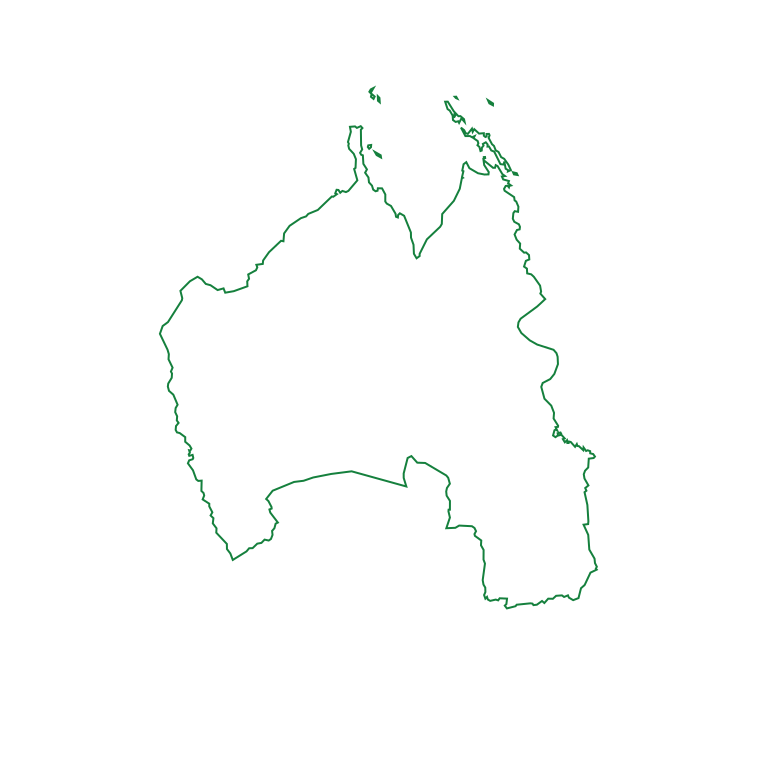 Ao Luek, Krabi, Thailand, rotated 156°
{"feature_id": "78962969B54777225393770", "entity_name": "Ao Luek", "entity_type": "district", "adm_level": 2, "iso_a3": "THA", "parent_name": "Thailand", "parent_adm1": "Krabi", "projection": "robinson", "projection_center": [98.715, 8.383], "detail": "fine", "context": "isolated", "style": "outline", "palette": "green", "viewbox_px": 768, "rotation_deg": 156, "n_neighbors": 0, "source": "geoboundaries", "source_scale": "gbopen_adm2", "svg_char_len": 6177}
<svg xmlns="http://www.w3.org/2000/svg" viewBox="0 0 768 768"><g transform="rotate(156 384 384)"><path d="M593.7,284.8L577.7,287.0L574.0,288.8L570.8,287.5L564.7,289.7L560.6,288.7L556.4,290.4L553.0,287.9L550.3,288.4L547.2,291.5L546.0,295.3L542.8,296.8L539.8,300.5L537.3,300.6L540.2,312.8L539.7,316.0L537.3,315.9L536.8,317.4L537.2,324.1L538.4,326.9L529.1,331.8L506.0,331.1L496.8,328.3L486.7,327.4L468.8,323.3L449.1,317.4L405.3,281.3L404.2,290.2L402.4,294.3L392.5,306.8L388.3,307.0L385.6,298.6L378.5,295.1L364.3,275.1L363.5,272.2L364.4,266.1L368.8,263.4L370.9,260.5L372.2,256.5L371.3,250.4L374.9,242.4L376.1,242.9L376.9,241.5L378.1,235.2L385.7,226.9L377.3,223.6L372.9,224.1L361.5,218.3L359.9,215.7L359.8,212.1L362.4,210.1L362.7,208.3L358.8,201.5L361.0,197.2L360.5,191.9L364.5,183.1L364.8,178.9L373.6,164.7L374.7,160.3L374.3,156.8L376.0,152.7L378.4,150.5L378.7,146.7L376.5,147.6L376.8,144.9L375.2,142.7L369.6,141.6L367.7,139.9L365.5,141.2L358.9,137.9L361.7,133.2L363.8,132.4L363.0,129.0L354.2,127.5L352.6,128.4L339.5,124.1L337.7,123.0L337.4,121.2L334.1,120.2L327.9,121.5L326.6,118.7L321.3,121.1L317.1,119.1L312.9,120.5L307.4,118.5L306.1,116.2L301.9,116.1L302.0,113.7L299.1,109.6L293.4,109.3L287.1,117.3L282.4,118.8L272.1,127.7L265.2,127.9L265.6,129.1L263.9,130.5L264.1,134.6L262.7,138.8L263.8,149.2L258.8,163.1L258.9,174.3L254.5,173.0L253.1,175.5L247.4,190.8L244.8,203.6L242.5,204.2L242.5,207.1L238.5,208.2L239.3,216.1L238.2,220.3L235.6,223.0L231.4,224.7L227.3,232.5L222.6,231.1L220.8,231.9L221.4,234.9L223.8,236.8L223.0,238.8L224.9,240.6L226.6,240.6L227.5,244.9L228.9,242.5L231.2,247.9L232.5,248.7L232.3,250.7L235.0,248.9L237.0,255.1L238.4,256.2L239.3,255.0L240.5,255.5L239.7,258.2L242.5,257.2L243.0,260.9L241.1,260.8L242.6,265.5L244.4,265.8L242.4,266.6L242.5,267.9L245.4,268.4L245.9,266.3L249.0,265.7L250.5,268.2L247.1,272.4L245.7,272.6L244.7,271.1L244.8,274.8L242.5,274.1L241.9,275.0L243.1,283.5L240.4,288.5L240.0,296.2L243.4,305.3L241.5,317.4L238.6,320.4L230.1,320.9L224.3,323.9L217.0,331.4L214.3,338.3L213.9,342.0L215.2,346.3L228.0,357.7L233.1,364.6L237.8,374.7L238.5,381.7L236.1,385.6L232.6,388.1L212.5,392.5L202.2,396.0L204.4,403.0L202.9,404.5L201.4,410.4L203.5,421.0L204.9,424.3L208.2,426.8L206.5,431.3L208.3,434.3L204.3,438.8L200.6,438.7L199.1,442.8L200.7,446.4L202.6,447.0L204.9,452.4L202.5,456.9L204.1,461.9L203.9,467.5L199.9,470.6L197.2,470.1L195.9,472.2L195.8,475.0L199.0,479.2L199.1,482.6L196.3,487.5L194.3,488.7L191.5,486.8L189.1,491.3L189.0,496.9L190.0,498.6L189.1,501.8L195.2,511.5L195.0,513.4L192.3,515.4L190.5,514.9L189.9,512.8L189.0,514.0L187.2,513.7L189.0,516.8L187.3,518.6L191.9,522.4L191.9,525.6L188.9,524.8L190.5,527.6L191.6,536.9L192.9,538.5L194.6,536.4L196.4,537.1L202.0,548.1L203.4,543.3L202.1,535.0L203.3,533.0L207.0,534.5L212.4,538.3L218.2,546.4L218.6,553.2L221.9,552.4L225.7,547.1L224.9,546.1L228.5,541.4L228.0,540.3L229.2,540.3L235.4,531.5L245.7,522.9L261.7,515.6L266.1,506.7L268.7,504.8L286.0,498.7L298.5,488.4L299.4,486.4L303.1,485.6L303.7,490.8L300.4,499.2L299.8,506.7L297.8,511.5L297.2,529.5L300.1,533.5L302.4,532.6L303.6,530.5L305.0,531.9L304.2,534.9L305.2,543.8L308.1,547.7L308.6,550.2L305.7,556.6L306.2,563.5L310.0,565.3L311.3,563.2L313.3,563.5L314.8,566.0L314.3,570.1L315.7,574.3L314.2,579.0L315.3,584.7L312.3,587.0L313.3,593.5L310.3,601.5L311.6,602.7L311.8,604.9L308.5,607.2L307.9,611.2L301.7,625.7L299.6,626.6L300.4,629.0L304.6,629.0L305.7,631.1L310.5,632.8L311.7,627.9L318.5,619.7L318.4,617.8L319.6,616.4L320.2,613.0L318.0,606.6L318.2,600.8L322.1,593.0L323.8,592.6L325.5,580.9L338.0,574.9L340.7,574.8L343.5,577.3L346.2,576.5L346.7,579.8L348.3,580.7L350.9,578.1L349.8,576.6L354.2,575.7L355.4,576.5L373.7,569.9L384.0,570.2L387.0,568.8L392.4,569.3L405.9,566.9L414.0,562.2L417.8,555.3L419.8,556.7L435.4,551.2L444.2,546.0L445.9,543.0L452.1,544.8L452.3,542.1L454.7,540.0L463.5,539.3L464.5,535.0L467.2,533.4L469.0,528.8L483.5,529.9L491.9,532.0L491.7,536.6L497.8,537.5L502.3,544.8L506.1,547.9L507.8,553.7L510.7,557.8L519.5,556.8L532.1,551.9L533.4,544.4L534.6,542.7L556.2,528.4L562.6,527.0L568.3,521.0L567.8,503.4L568.4,498.8L570.8,494.2L570.5,484.9L573.6,482.0L573.4,479.8L575.4,476.0L580.9,472.2L582.5,469.6L583.2,465.2L580.8,459.9L581.0,449.0L584.1,446.8L586.2,443.2L586.1,438.6L588.1,435.0L587.5,432.0L591.1,430.2L593.0,426.8L592.8,424.0L590.6,422.3L587.2,416.3L589.1,412.1L586.6,406.9L586.2,403.3L588.1,402.0L589.0,402.7L589.3,400.2L591.0,399.2L591.1,397.6L587.7,397.1L588.3,394.0L589.4,393.1L593.0,393.5L595.4,391.3L593.6,382.8L594.3,373.2L593.1,371.0L589.9,369.9L594.3,360.6L593.2,357.8L593.6,355.3L596.6,352.3L592.3,345.7L593.4,343.3L593.0,336.6L595.9,334.4L594.4,330.8L597.1,326.3L595.7,320.3L597.7,316.4L592.6,301.8L594.6,297.1L593.3,291.7L593.7,284.8ZM184.3,527.8L181.1,527.8L181.2,533.9L182.6,540.8L184.7,543.6L185.0,549.4L186.9,552.0L186.7,556.8L187.8,559.1L188.3,566.2L186.4,568.3L186.4,569.8L188.6,570.7L189.6,568.4L190.9,568.4L191.8,570.2L190.8,572.5L195.3,574.1L197.9,580.1L200.4,578.3L199.8,581.5L205.7,578.4L207.4,580.0L207.5,583.2L209.4,586.9L208.8,577.4L204.6,575.5L203.2,573.6L200.4,573.6L202.2,572.1L199.6,567.9L199.9,565.5L201.5,564.1L200.4,561.8L201.1,557.6L199.8,557.5L198.4,560.1L196.1,561.3L196.0,563.1L192.7,563.4L191.9,560.7L192.9,558.8L191.5,558.3L191.0,553.7L188.8,551.5L188.2,537.5L185.4,535.8L183.6,538.3L185.3,531.2L183.6,528.8L184.3,527.8ZM205.2,595.2L203.8,590.6L203.2,593.4L205.2,597.6L207.1,598.4L209.3,604.7L210.9,616.0L213.3,617.0L214.1,609.3L212.7,607.0L212.1,601.0L211.0,600.5L209.8,602.0L209.4,600.5L211.1,599.3L212.4,600.5L213.6,597.1L212.0,594.3L209.3,593.8L209.2,592.0L205.2,595.2ZM298.0,599.8L297.6,596.1L294.6,592.1L294.0,594.3L298.0,599.8ZM173.6,601.0L173.6,597.5L171.1,594.3L170.3,595.9L173.6,601.0ZM277.3,654.0L279.1,651.7L277.6,648.7L275.6,650.4L277.3,654.0ZM180.0,522.6L177.0,520.6L177.0,522.6L180.0,524.9L180.0,522.6ZM302.4,607.1L301.9,604.9L299.6,605.6L298.5,607.6L301.3,608.4L302.4,607.1ZM276.3,658.5L278.5,656.9L277.9,655.2L273.1,658.7L276.3,658.5ZM272.6,649.4L274.3,645.2L273.3,643.1L271.8,647.2L272.6,649.4ZM202.5,617.6L202.0,616.0L201.0,614.9L201.2,617.1L202.5,617.6ZM200.5,550.7L201.0,549.3L199.7,549.2L199.4,550.3L200.5,550.7Z" fill="none" stroke="#15803d" stroke-width="2"/></g></svg>